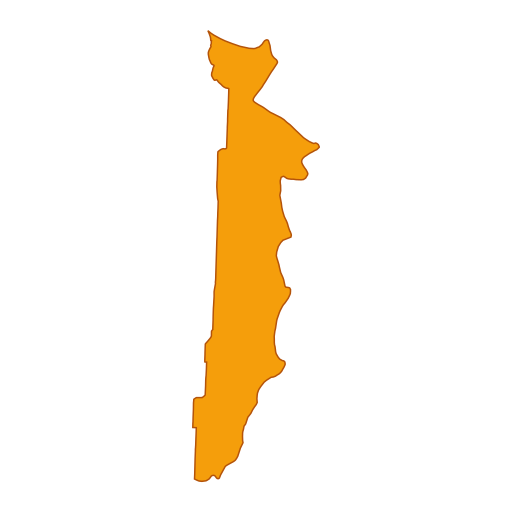 Frecatei, Braila, Romania (orthographic projection)
{"feature_id": "2599482B580014738144", "entity_name": "Frecatei", "entity_type": "district", "adm_level": 2, "iso_a3": "ROU", "parent_name": "Romania", "parent_adm1": "Braila", "projection": "orthographic", "projection_center": [28.064, 45.013], "detail": "fine", "context": "isolated", "style": "filled", "palette": "amber", "viewbox_px": 512, "rotation_deg": 0, "n_neighbors": 0, "source": "geoboundaries", "source_scale": "gbopen_adm2", "svg_char_len": 5882}
<svg xmlns="http://www.w3.org/2000/svg" viewBox="0 0 512 512"><path d="M238.8,45.9L232.4,43.7L225.1,40.9L220.2,38.6L213.8,35.1L210.8,33.1L207.9,30.7L209.2,33.6L209.4,34.2L210.2,36.4L210.4,37.3L210.6,38.1L210.6,38.6L210.8,40.5L211.5,40.7L211.3,41.9L211.3,42.3L211.3,42.8L211.3,43.0L211.3,43.3L211.2,43.8L210.9,44.7L210.7,45.2L210.8,45.6L210.9,46.1L211.0,46.3L210.9,46.7L210.7,47.2L209.8,48.7L209.3,49.8L208.9,50.7L208.6,51.5L208.3,52.6L208.3,53.0L208.3,54.2L208.4,54.8L208.9,57.6L209.3,59.3L209.5,59.8L210.5,62.1L210.7,62.7L211.1,63.3L211.4,63.7L211.6,64.0L211.9,64.2L212.3,64.5L212.8,64.7L213.7,65.1L213.8,65.3L214.0,65.6L213.9,65.8L213.9,66.1L213.2,67.7L213.0,68.4L212.6,70.0L212.5,70.9L212.4,71.2L211.9,72.4L211.8,72.7L211.7,73.5L211.6,74.1L211.6,75.0L211.6,75.4L211.7,75.8L211.9,76.2L212.4,77.1L212.6,77.7L213.7,79.4L214.0,79.8L214.2,80.0L214.4,80.2L214.7,80.2L215.1,80.2L215.7,80.1L216.4,79.8L216.6,79.8L216.9,80.0L217.7,81.0L218.2,81.7L219.0,82.6L221.2,84.5L222.4,85.8L223.5,86.7L223.9,87.0L224.7,87.4L225.9,88.0L226.6,88.1L228.2,88.4L228.5,88.4L228.7,88.5L228.8,88.7L228.8,89.0L228.7,93.2L228.4,102.1L228.1,108.9L228.1,109.2L227.9,110.0L227.6,119.0L227.6,121.4L227.3,127.1L227.3,128.4L226.8,142.3L226.6,147.6L226.5,148.1L226.4,148.2L226.3,148.4L226.2,148.5L225.8,148.7L225.4,148.8L224.9,148.9L223.4,148.7L223.1,148.7L222.8,148.8L222.0,149.0L221.1,149.4L220.6,149.6L219.7,150.3L218.9,150.9L218.3,151.4L218.0,151.8L217.9,151.9L217.9,152.0L217.8,153.6L217.7,155.0L217.7,158.1L217.7,159.7L217.6,164.1L217.3,174.4L217.1,180.4L216.9,181.9L216.9,182.7L216.8,186.9L216.9,188.5L217.1,191.9L217.6,198.2L217.7,198.8L217.8,199.3L217.9,200.0L218.2,200.8L218.2,201.0L218.2,201.3L218.0,208.3L217.8,213.0L217.7,216.9L217.5,220.4L217.0,237.3L216.8,241.5L216.5,251.8L215.9,271.3L215.7,278.4L215.6,280.2L215.4,282.1L215.4,282.6L215.5,283.3L215.4,284.1L215.3,284.7L214.4,289.7L214.2,291.1L214.1,291.8L214.1,294.5L214.1,296.6L213.6,305.3L213.4,308.2L213.2,314.3L213.1,318.5L213.1,319.4L213.1,320.1L212.8,328.5L212.8,329.4L212.8,329.5L212.6,329.7L211.7,330.9L211.6,331.0L211.5,331.4L211.4,335.9L211.3,336.3L211.2,336.7L210.8,337.2L210.3,338.1L207.2,341.8L205.6,343.6L205.4,343.9L205.3,344.1L205.3,344.3L205.3,344.8L205.2,347.0L205.0,353.2L205.0,353.6L205.0,354.3L204.8,360.2L204.8,361.7L204.8,361.8L204.9,362.0L205.1,362.0L206.4,362.1L206.6,362.1L206.6,362.3L206.4,369.3L206.1,375.5L205.9,377.3L205.8,378.6L205.7,380.5L205.6,385.6L205.2,394.6L205.2,394.8L205.0,395.2L204.5,395.8L203.3,396.7L202.5,397.4L202.3,397.5L202.1,397.6L201.9,397.6L201.7,397.5L201.4,397.6L196.5,397.6L196.3,397.7L196.0,397.8L194.0,399.1L193.9,399.2L193.8,399.4L193.7,400.9L193.5,402.8L193.4,409.8L193.1,417.5L193.0,422.1L192.9,423.1L192.8,427.5L196.2,427.7L196.3,427.7L196.1,434.1L195.9,439.0L195.7,445.1L195.5,448.3L195.4,448.9L195.4,451.2L195.3,453.7L195.1,458.7L194.8,471.0L194.7,474.6L194.5,479.0L195.3,479.4L197.2,480.3L199.0,481.0L200.6,481.2L201.4,481.3L202.2,481.3L206.0,480.8L207.3,480.1L209.2,478.9L210.5,477.2L211.1,476.3L211.7,475.8L212.1,475.6L213.4,475.3L214.6,475.6L215.4,476.4L216.4,477.8L217.2,478.5L218.1,478.7L218.7,478.6L219.4,478.0L220.6,474.9L225.2,466.5L226.0,465.8L226.9,465.2L228.3,464.4L230.1,463.4L231.4,462.7L232.5,462.1L233.6,461.5L234.4,460.9L234.8,460.6L235.4,460.1L235.9,459.4L237.0,457.7L237.2,457.2L237.7,456.4L238.1,455.2L240.4,448.1L243.0,442.7L242.6,440.3L242.6,439.7L242.5,436.4L242.6,432.9L242.9,431.2L243.5,429.1L244.0,426.2L245.5,424.2L245.9,423.2L247.8,417.3L249.6,415.0L250.9,413.3L252.5,410.0L254.5,406.9L256.2,404.6L257.2,402.5L256.9,398.7L257.2,395.0L257.5,393.0L258.7,389.7L259.9,387.8L261.0,386.2L264.1,382.2L266.4,380.3L271.1,377.3L273.3,377.0L275.4,376.2L277.2,375.0L279.2,373.8L279.9,373.2L281.4,371.6L281.8,371.0L282.6,369.5L284.0,367.1L284.8,365.3L285.1,364.5L285.1,363.3L284.8,361.9L283.8,360.9L282.1,360.5L281.0,359.8L279.7,359.1L278.1,357.1L277.5,356.1L277.0,355.2L276.2,353.8L275.7,352.1L275.5,350.7L275.4,349.6L275.0,346.6L274.5,344.7L274.3,342.4L274.3,339.1L274.2,336.4L274.5,333.9L274.9,331.0L275.5,328.5L276.7,320.6L277.1,319.0L279.4,312.4L280.3,310.3L282.4,306.3L283.5,304.6L284.6,303.4L285.7,301.9L287.5,299.3L288.2,298.3L289.6,295.4L290.2,293.9L290.3,293.7L290.5,291.4L290.5,289.5L289.7,288.0L289.1,287.7L287.9,287.4L285.9,287.2L285.0,286.1L283.7,279.9L282.9,277.5L280.7,272.6L279.5,267.6L279.2,266.2L278.9,264.7L277.9,261.3L277.0,258.5L276.3,255.8L276.7,251.9L278.3,246.5L280.8,242.5L283.0,240.2L290.9,237.1L291.3,235.5L291.2,234.2L290.1,231.3L289.8,231.1L288.3,226.7L287.4,223.4L286.3,220.7L285.2,218.6L284.2,216.4L282.6,211.1L281.8,207.3L281.3,203.2L279.8,195.3L280.7,190.8L280.6,185.4L280.3,183.2L280.2,180.9L280.5,179.7L281.1,177.4L282.5,176.6L283.7,176.3L285.4,177.4L286.8,178.4L287.3,178.5L288.1,178.8L291.2,179.2L293.3,179.2L296.1,179.6L301.2,179.8L303.5,179.5L305.6,178.1L306.5,176.6L307.6,174.8L307.8,173.5L307.4,172.4L306.2,170.0L304.5,167.7L303.1,165.5L302.1,163.5L301.7,162.3L301.7,161.6L301.8,160.3L302.3,159.2L302.9,158.3L304.5,156.7L306.4,155.5L308.4,154.1L310.0,153.1L312.6,151.8L314.8,150.5L316.7,149.7L318.1,148.4L319.2,147.3L319.2,146.7L318.3,144.6L316.9,143.5L315.7,143.0L314.9,143.2L313.8,143.5L312.1,142.9L309.0,141.4L307.5,140.4L305.8,139.3L304.2,138.2L303.3,137.5L295.7,130.3L290.3,125.0L286.8,122.3L283.9,119.6L281.0,117.7L273.1,113.7L270.4,112.4L268.6,111.2L264.2,108.0L263.0,107.2L261.1,106.1L258.5,104.7L256.3,103.3L254.6,102.2L254.1,101.7L253.6,101.2L253.2,100.4L253.2,99.6L253.5,98.5L254.5,96.7L257.4,92.9L260.2,89.4L262.3,86.6L263.3,84.8L265.5,81.5L267.8,77.7L269.3,75.2L271.5,71.7L273.2,69.3L277.0,63.5L277.5,62.1L277.2,61.1L276.4,59.8L274.2,58.0L272.7,56.2L271.9,54.8L271.6,54.0L270.7,50.8L270.0,45.6L268.5,40.8L267.9,40.1L266.9,39.8L265.8,40.1L264.6,40.8L263.4,42.3L262.1,44.3L259.2,46.9L257.4,47.5L255.3,48.4L253.8,48.6L249.1,48.3L246.4,47.7L240.3,46.4L238.8,45.9Z" fill="#f59e0b" stroke="#b45309" stroke-width="1.5"/></svg>